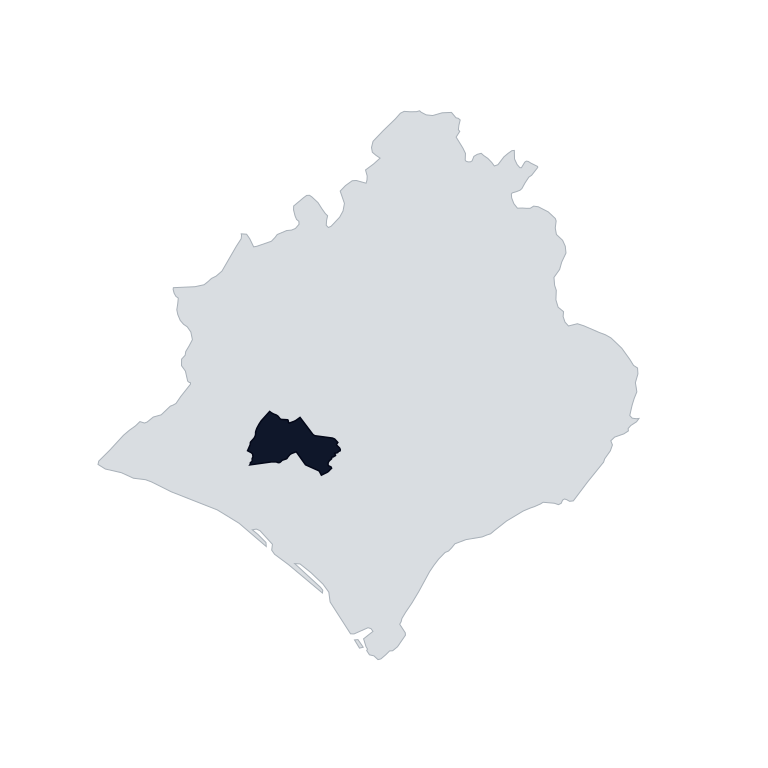 where Fromager sits in Ivory Coast, rotated 46°
{"feature_id": "CIV-3445", "entity_name": "Fromager", "entity_type": "Region", "adm_level": 1, "iso_a3": "CIV", "parent_name": "Ivory Coast", "parent_adm1": "", "projection": "natural_earth1", "projection_center": [-5.843, 6.159], "detail": "fine", "context": "in_parent", "style": "filled", "palette": "ink", "viewbox_px": 768, "rotation_deg": 46, "n_neighbors": 0, "source": "natural_earth", "source_scale": "10m", "svg_char_len": 5141}
<svg xmlns="http://www.w3.org/2000/svg" viewBox="0 0 768 768"><g transform="rotate(46 384 384)"><path d="M212.2,168.6L214.3,168.5L219.7,166.7L224.7,162.5L229.3,153.8L235.5,146.8L242.5,147.3L244.5,146.0L247.0,145.8L249.9,150.4L252.8,153.9L254.9,154.0L256.5,160.6L269.2,163.4L274.7,165.2L279.3,170.0L280.9,170.2L282.8,169.1L284.3,167.4L284.7,165.6L282.7,161.2L283.6,157.3L285.6,153.8L288.9,153.6L293.8,152.6L299.5,152.6L303.8,153.2L305.4,149.7L303.9,139.9L304.3,134.4L305.0,129.9L306.5,128.0L312.8,133.8L318.6,135.8L322.8,136.0L323.9,134.9L322.2,128.6L322.6,126.7L324.2,125.6L326.9,125.0L334.2,122.4L335.0,122.9L336.4,132.8L335.8,136.1L337.3,142.8L339.2,149.0L339.1,151.6L337.5,155.4L335.6,159.0L335.8,160.4L338.8,162.9L344.4,165.3L350.2,165.9L353.5,162.3L356.8,159.3L359.2,156.7L360.0,152.8L363.7,149.9L374.2,146.3L383.9,145.8L386.3,146.9L390.7,152.4L396.2,156.1L404.7,155.7L410.8,157.9L416.2,162.1L419.7,171.4L423.6,178.1L425.4,187.7L431.5,192.7L436.3,195.0L442.9,201.9L449.7,205.4L456.7,204.6L459.9,208.3L465.2,210.8L470.4,211.0L475.0,203.0L481.0,199.8L496.4,193.4L502.5,190.5L508.6,188.7L523.4,188.1L537.1,190.1L544.0,191.6L548.6,190.5L553.1,194.3L557.7,202.3L561.4,204.8L565.3,207.6L568.1,213.9L571.5,220.1L573.3,222.9L577.4,229.1L581.0,229.2L584.4,226.5L585.9,224.5L586.6,228.6L585.3,235.2L585.6,239.3L587.5,240.8L586.5,246.1L582.4,255.0L582.4,260.3L586.5,262.0L589.3,267.6L591.1,277.2L592.8,280.4L593.0,282.4L595.9,305.7L599.6,329.0L597.3,332.0L594.2,332.9L592.1,334.0L591.6,336.2L592.9,339.4L592.0,342.3L588.1,344.3L579.6,351.7L579.0,354.7L576.7,361.0L574.9,364.8L572.1,372.0L567.7,390.9L566.1,406.6L565.8,411.4L564.1,414.8L562.2,419.6L552.9,433.1L548.2,444.0L548.8,448.8L549.0,453.6L547.6,457.1L547.9,466.3L549.1,474.1L550.7,481.7L557.5,503.3L561.0,516.3L563.2,526.9L565.1,534.0L566.9,536.8L567.7,539.6L577.7,541.5L579.6,543.1L582.4,556.8L581.9,563.1L579.9,565.4L580.0,570.7L579.6,577.2L578.1,579.8L572.5,580.1L568.7,582.6L563.7,581.6L563.2,580.0L560.5,579.4L553.1,575.7L554.3,563.8L550.9,563.3L548.2,564.8L543.0,579.1L540.5,581.6L503.4,574.2L495.4,568.3L485.7,566.9L468.9,567.6L455.1,569.4L451.1,573.0L486.1,570.9L489.8,571.3L491.6,573.5L447.4,578.2L430.5,581.0L425.5,580.2L421.8,575.6L403.4,575.1L399.7,576.6L397.4,580.0L404.6,579.2L416.0,579.0L419.1,581.6L383.4,585.0L358.7,591.4L348.2,596.2L313.8,611.9L292.8,619.3L287.2,622.0L277.7,629.7L265.4,634.5L251.6,643.5L243.2,645.6L241.3,642.7L241.1,627.4L239.9,607.0L240.4,599.2L241.5,591.8L241.5,585.7L245.7,583.4L246.8,580.9L247.5,572.9L251.4,565.7L251.5,553.1L252.6,550.5L253.5,547.2L251.8,538.9L249.7,523.3L248.6,522.3L247.7,523.0L245.5,523.2L236.8,517.9L230.1,516.9L225.5,512.3L225.2,507.1L222.9,504.0L221.3,498.0L219.0,491.0L212.4,486.8L206.2,485.8L201.8,486.7L196.7,486.4L190.8,484.1L186.7,481.5L182.8,476.4L179.3,472.3L176.4,472.8L172.9,471.9L169.5,470.0L168.4,468.6L182.7,452.4L187.6,444.5L188.1,439.7L188.2,434.8L189.8,429.8L190.2,422.1L182.3,394.4L180.3,385.8L178.2,383.3L176.8,382.4L180.8,378.8L186.3,379.7L194.8,382.5L196.6,379.8L203.1,365.8L202.9,360.6L202.3,357.0L206.0,347.4L209.0,343.7L210.6,339.7L210.1,334.2L207.8,332.2L204.9,332.6L201.3,331.2L195.9,328.1L193.2,325.3L194.1,312.6L194.6,308.7L196.5,306.5L199.5,305.9L207.8,305.5L214.6,306.9L220.6,307.8L223.8,307.7L226.3,311.5L229.7,315.3L232.8,315.3L233.8,312.4L233.2,300.0L231.1,293.3L226.6,287.0L214.8,281.5L214.5,273.9L215.7,265.7L218.3,262.6L227.1,257.4L225.5,254.6L222.7,251.6L217.2,248.6L218.5,238.7L218.8,229.9L214.1,230.9L209.2,231.4L205.2,228.7L201.8,223.3L201.2,208.6L201.2,191.6L200.6,184.1L201.9,180.1L206.0,176.4L210.6,171.6L212.2,168.6ZM558.9,581.8L557.0,585.1L547.6,583.0L549.8,580.3L558.9,581.8Z" fill="#d9dde1" stroke="#a8b0b8" stroke-width="1"/><path d="M389.3,457.7L394.0,457.8L394.1,458.3L394.4,459.9L395.2,460.5L399.1,460.4L400.7,460.9L401.6,461.9L400.9,463.7L401.2,465.0L400.5,466.2L399.6,467.7L400.7,468.2L401.6,468.3L401.8,468.7L401.4,469.9L401.3,470.9L401.1,471.3L400.7,471.8L400.4,472.5L400.7,472.9L401.2,473.3L401.4,473.8L401.3,476.0L401.4,477.6L401.9,478.9L403.1,480.3L404.3,480.7L406.8,479.7L408.2,480.2L408.2,483.0L408.3,483.6L408.2,485.7L406.1,492.4L402.8,491.4L401.3,491.1L387.6,496.6L371.8,494.2L369.8,498.8L369.4,500.6L369.7,503.6L370.1,505.3L370.1,506.1L368.1,510.3L368.2,511.7L368.1,513.3L367.9,513.8L367.5,514.4L366.5,515.1L365.8,515.4L365.3,515.5L362.0,518.9L349.0,536.7L348.8,535.8L348.6,535.5L348.2,535.3L347.9,535.1L347.8,534.5L347.8,534.0L348.0,533.1L347.9,532.7L347.8,532.3L347.5,532.0L346.0,530.6L345.4,529.0L345.1,528.6L343.4,527.4L342.9,527.1L341.2,527.2L337.2,528.5L335.0,523.1L334.6,522.3L334.3,521.8L334.0,521.6L333.5,521.1L333.2,520.6L333.0,519.8L332.7,515.2L332.5,514.6L332.3,513.8L331.8,512.6L331.4,512.0L330.9,511.2L329.9,510.3L329.7,510.1L329.3,509.6L328.9,509.0L327.5,506.2L326.1,501.8L325.2,497.9L324.3,485.3L326.4,485.0L329.0,484.2L331.2,483.1L332.4,482.8L333.4,482.6L336.9,482.9L337.7,482.7L338.3,482.3L342.5,478.4L342.8,478.2L343.1,478.1L343.5,478.2L343.8,478.4L345.1,479.2L345.7,479.6L346.1,479.3L346.7,478.4L348.4,474.6L349.0,472.6L349.7,467.6L371.0,470.2L373.1,469.7L387.1,458.6L389.3,457.7Z" fill="#0f172a" stroke="#020617" stroke-width="1.5"/></g></svg>